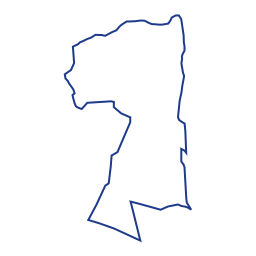 São José de Mipibu, Rio Grande do Norte, Brazil
{"feature_id": "56859067B18331255180622", "entity_name": "São José de Mipibu", "entity_type": "district", "adm_level": 2, "iso_a3": "BRA", "parent_name": "Brazil", "parent_adm1": "Rio Grande do Norte", "projection": "robinson", "projection_center": [-35.288, -6.078], "detail": "fine", "context": "isolated", "style": "outline", "palette": "blue", "viewbox_px": 256, "rotation_deg": 0, "n_neighbors": 0, "source": "geoboundaries", "source_scale": "gbopen_adm2", "svg_char_len": 1338}
<svg xmlns="http://www.w3.org/2000/svg" viewBox="0 0 256 256"><path d="M191.2,209.7L186.8,202.7L186.3,198.6L184.5,167.3L183.7,164.9L181.3,161.4L181.3,148.9L184.5,150.6L186.2,152.8L185.4,132.5L185.1,128.5L184.6,123.5L181.9,122.0L179.1,119.9L178.0,117.3L179.1,106.3L179.5,101.8L180.3,97.8L181.6,91.6L181.9,88.8L182.4,85.2L183.1,81.7L184.1,76.0L183.0,72.7L181.7,65.4L181.4,62.8L182.1,59.0L181.9,56.1L183.0,53.3L184.5,50.8L184.5,46.2L183.9,42.7L183.6,35.2L181.2,19.0L178.8,15.4L175.6,15.5L171.7,17.6L170.2,20.9L168.2,23.6L162.3,24.6L160.1,24.7L155.4,24.3L152.0,24.1L149.4,23.2L144.8,20.8L141.7,20.5L138.3,20.8L135.4,21.2L131.5,21.4L126.6,21.5L121.5,24.8L119.2,26.9L116.4,30.3L112.3,32.0L105.1,35.8L101.7,35.0L99.1,35.0L95.5,34.8L91.1,37.6L87.2,39.0L83.0,41.1L80.2,42.2L78.0,44.2L72.9,46.7L74.1,63.1L71.0,70.0L64.8,74.3L65.5,78.5L67.9,81.1L69.1,83.6L70.6,85.6L73.2,89.2L74.6,93.3L72.5,95.1L73.3,98.5L74.5,102.9L75.9,106.3L78.3,107.8L81.7,109.0L87.3,102.8L111.0,101.3L113.9,102.0L113.8,107.1L121.2,113.4L130.3,117.4L130.2,122.4L125.0,134.5L120.1,146.0L117.5,152.1L111.6,155.5L110.7,167.0L108.7,183.4L105.3,185.6L96.6,204.4L88.3,220.0L98.4,223.0L114.0,228.5L140.3,240.6L134.0,215.1L130.6,201.6L137.4,203.3L160.6,209.7L168.0,206.5L178.0,204.5L181.7,206.1L184.8,206.5L187.9,207.6L191.2,209.7Z" fill="none" stroke="#1e3a8a" stroke-width="2"/></svg>